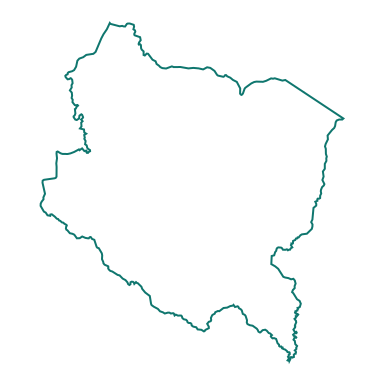 the district of Gorongosa, Sofala, Mozambique
{"feature_id": "85939544B94652077383293", "entity_name": "Gorongosa", "entity_type": "district", "adm_level": 2, "iso_a3": "MOZ", "parent_name": "Mozambique", "parent_adm1": "Sofala", "projection": "orthographic", "projection_center": [34.322, -18.644], "detail": "fine", "context": "isolated", "style": "outline", "palette": "teal", "viewbox_px": 384, "rotation_deg": 0, "n_neighbors": 0, "source": "geoboundaries", "source_scale": "gbopen_adm2", "svg_char_len": 5884}
<svg xmlns="http://www.w3.org/2000/svg" viewBox="0 0 384 384"><path d="M343.4,118.5L285.3,80.0L282.4,80.6L274.8,78.3L273.0,78.7L271.1,78.4L266.2,80.8L263.0,81.8L256.5,81.6L254.2,82.0L251.3,83.4L245.4,87.7L244.6,88.7L243.0,93.3L242.2,94.5L241.3,94.9L240.1,93.7L240.2,88.4L236.8,81.9L232.9,79.9L230.3,77.7L227.2,76.3L226.1,75.1L225.2,75.1L224.3,76.3L223.3,76.8L218.0,75.6L217.0,74.8L214.5,70.9L210.3,67.9L207.1,67.3L203.4,69.3L202.6,69.3L198.7,68.4L193.4,67.9L188.4,68.4L180.4,67.0L173.8,67.1L171.9,66.4L166.1,68.5L162.3,68.1L160.3,67.1L159.0,65.7L156.6,64.0L155.6,61.3L152.5,59.7L148.1,53.8L146.7,53.6L144.8,55.5L143.6,55.0L143.6,51.4L141.7,49.6L141.1,48.3L140.9,45.1L140.2,44.3L138.9,44.6L138.6,44.0L139.1,42.4L140.7,40.2L140.1,37.2L134.9,35.4L134.3,34.8L134.3,33.7L135.3,31.7L135.0,30.4L133.4,29.3L134.1,26.6L133.7,24.8L129.7,23.5L127.9,23.5L126.9,23.9L125.1,26.5L123.5,26.4L122.2,25.9L119.7,26.3L110.5,23.9L109.8,23.0L106.9,29.2L103.5,34.2L101.3,38.4L95.6,51.9L93.4,53.8L86.3,54.9L83.2,57.2L79.3,58.6L77.4,60.7L76.1,66.7L74.1,70.1L72.2,71.2L68.6,72.2L67.8,73.0L67.6,74.3L66.2,74.9L65.3,75.9L65.7,77.2L67.6,79.3L69.1,79.1L70.5,78.2L71.2,78.5L72.2,79.9L72.6,83.2L71.5,85.2L71.7,87.5L69.9,90.4L71.8,92.6L72.1,95.7L71.6,98.0L72.7,99.7L72.5,102.2L74.8,105.1L75.6,105.3L77.5,105.0L78.0,105.6L76.7,106.7L75.8,108.6L74.9,109.1L75.4,113.5L74.7,115.3L73.6,116.4L73.7,117.3L75.3,119.6L76.8,120.0L79.0,118.5L79.5,115.6L81.3,114.3L82.1,114.8L83.1,117.2L82.6,118.2L81.1,119.5L82.6,121.2L81.2,122.6L81.5,126.4L80.0,128.5L84.0,129.5L84.3,132.5L86.2,133.7L84.2,135.0L84.8,137.7L84.3,138.8L85.6,141.0L85.1,144.3L86.7,145.4L87.2,147.7L88.0,148.8L90.0,150.1L90.1,151.2L88.0,152.4L87.9,152.9L86.9,152.9L86.4,152.2L86.6,151.2L86.3,150.6L84.4,151.1L82.1,148.4L79.5,150.2L78.9,149.4L74.1,152.0L70.4,153.4L67.7,154.0L62.4,153.9L60.6,153.3L57.7,151.5L56.7,151.9L56.5,153.5L57.0,158.3L56.3,163.3L56.6,166.9L56.5,176.7L55.7,177.9L54.6,178.3L44.0,179.8L42.7,180.6L42.5,182.7L45.0,193.8L43.4,197.4L43.5,199.3L41.7,201.6L40.7,203.6L40.6,205.9L43.9,211.6L45.7,212.6L47.5,215.3L50.2,215.8L50.4,214.5L51.8,214.3L54.9,216.7L56.8,218.7L58.2,219.1L59.0,220.4L60.3,220.9L61.9,222.4L63.4,222.7L64.3,223.7L66.5,224.9L66.8,225.7L66.2,226.5L65.9,228.5L66.4,229.7L67.4,230.3L69.8,233.2L72.5,233.8L74.3,234.7L76.9,238.3L79.7,238.2L82.2,236.5L85.4,237.9L87.8,238.3L88.8,238.3L89.6,237.3L90.3,237.0L90.9,237.2L92.0,238.9L94.3,239.8L96.6,246.8L97.3,247.7L98.8,248.2L101.8,253.3L102.2,255.3L102.0,259.2L103.2,261.8L103.5,263.4L104.6,264.7L108.2,266.3L108.4,267.1L108.1,268.0L108.7,269.4L110.3,270.9L112.3,271.5L117.6,274.9L119.6,275.4L122.7,278.6L125.5,280.1L127.4,282.3L128.2,284.2L129.4,285.0L130.4,284.3L130.5,282.3L131.5,281.7L132.9,281.8L133.8,282.5L134.3,283.9L136.0,282.1L136.9,283.0L137.8,283.2L141.4,286.7L142.2,288.9L145.2,292.5L149.8,296.0L151.1,304.0L151.6,305.1L153.8,306.7L157.9,308.9L160.0,311.3L162.9,312.3L164.8,313.5L168.0,312.6L169.6,312.7L170.8,313.5L173.2,313.2L173.9,313.6L174.6,315.5L175.8,314.6L177.9,315.6L181.0,315.5L181.9,316.3L182.3,317.9L183.6,319.2L186.1,319.8L187.1,320.8L187.6,322.3L188.5,322.9L190.6,323.1L191.5,324.1L191.7,325.5L193.2,326.6L196.3,327.3L197.6,329.4L201.4,329.8L203.9,331.4L204.6,331.1L205.4,329.9L208.8,328.2L208.8,326.7L207.2,323.8L208.8,321.8L210.7,321.2L211.2,320.0L210.9,318.0L212.0,315.6L212.5,314.9L214.7,313.7L215.3,312.2L217.9,311.0L219.3,311.2L223.5,308.0L227.2,307.6L230.2,306.1L232.9,305.6L233.5,304.9L235.0,307.0L237.7,306.3L238.4,306.9L239.0,308.3L240.7,309.2L241.8,310.4L242.8,313.9L244.7,314.8L245.6,315.9L247.0,320.2L246.8,322.6L247.5,324.1L249.8,325.2L252.6,325.7L256.8,328.7L257.8,330.1L258.4,331.6L259.6,332.4L260.4,332.4L262.6,330.2L265.2,329.7L266.8,330.7L268.7,333.0L270.2,333.5L271.9,335.1L271.0,335.8L270.8,336.5L272.1,338.0L272.7,338.4L274.0,338.1L276.1,338.9L277.6,343.3L279.0,344.6L279.2,346.1L279.9,346.6L281.2,346.5L281.9,348.0L282.6,347.6L283.1,348.9L285.2,349.6L287.0,351.1L287.5,352.1L289.4,352.3L289.8,353.1L289.4,353.9L289.6,354.4L288.7,354.9L288.7,356.0L288.0,356.8L289.0,358.4L287.6,360.4L288.4,360.7L289.2,359.9L289.4,361.0L290.3,359.2L290.6,357.2L291.8,357.1L292.3,357.6L293.9,357.0L293.8,354.7L295.0,353.6L295.6,353.7L296.0,352.2L295.8,351.4L294.8,350.4L296.4,348.9L296.2,347.7L297.1,346.0L295.3,344.2L294.8,340.9L293.5,339.7L294.7,337.4L296.0,337.8L296.3,337.4L295.5,336.5L293.7,335.8L293.1,334.7L294.7,333.3L296.4,333.2L296.7,332.5L296.2,331.8L295.0,332.3L293.4,329.6L295.1,327.4L294.9,326.8L295.3,326.1L294.9,325.3L296.2,322.4L296.0,320.9L294.5,318.9L295.8,317.8L295.8,316.4L296.4,316.7L298.2,314.6L297.6,314.0L296.8,314.2L296.4,313.5L295.7,313.5L295.0,312.6L295.3,311.7L295.6,312.0L296.5,310.8L297.4,310.5L297.4,309.6L297.8,309.3L297.6,308.1L298.3,308.2L298.4,307.6L299.8,307.0L300.8,303.7L299.6,300.9L297.0,299.2L293.3,293.2L292.1,292.1L292.9,290.0L294.7,288.1L294.6,286.1L295.6,283.6L294.8,280.5L293.4,278.8L291.1,279.3L288.4,278.1L285.1,277.5L283.3,276.8L278.2,268.8L275.1,266.3L271.3,264.1L271.7,256.0L274.2,255.3L275.1,252.2L276.2,250.8L276.6,248.9L277.3,247.9L278.3,247.4L281.1,247.6L282.0,248.2L282.9,249.7L285.3,249.8L286.9,249.3L287.9,250.3L289.2,249.6L290.0,249.7L290.9,248.2L292.3,247.4L290.9,245.1L291.4,244.4L291.4,243.5L292.5,243.7L292.9,243.4L293.1,240.9L295.2,240.0L296.0,238.5L297.2,238.4L297.6,237.4L298.6,237.5L300.4,235.3L301.8,234.4L306.9,233.7L311.8,228.9L312.4,226.6L312.5,224.4L311.2,222.1L312.4,219.6L313.5,207.9L316.2,205.6L316.3,204.0L315.3,201.7L317.4,200.8L317.3,199.3L317.7,198.7L319.1,198.7L320.1,198.1L320.2,195.6L321.2,193.5L320.8,191.3L321.0,189.8L322.1,187.1L323.8,185.5L324.4,184.1L322.4,180.0L323.6,176.6L322.9,171.5L324.8,168.8L324.8,163.9L326.4,160.9L326.3,158.2L326.8,156.7L325.9,153.9L325.8,148.8L325.0,146.4L325.7,143.9L327.9,139.4L327.6,135.5L332.1,129.9L334.2,128.0L335.1,126.0L335.7,122.2L336.7,120.5L339.2,119.5L342.3,119.5L343.4,118.5Z" fill="none" stroke="#0f766e" stroke-width="2"/></svg>